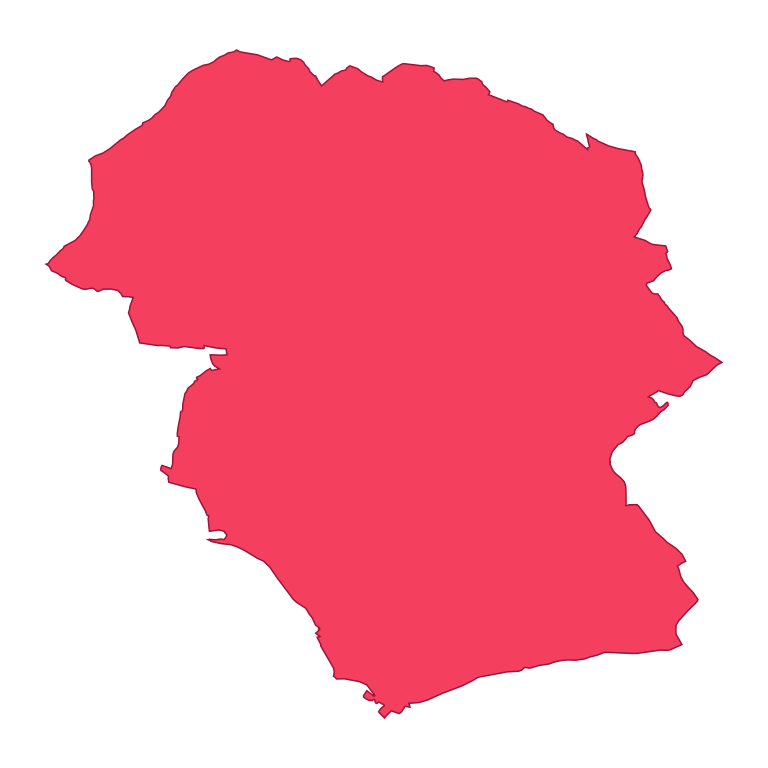 Palatca, Cluj, Romania
{"feature_id": "2599482B3358887254136", "entity_name": "Palatca", "entity_type": "district", "adm_level": 2, "iso_a3": "ROU", "parent_name": "Romania", "parent_adm1": "Cluj", "projection": "natural_earth1", "projection_center": [23.989, 46.864], "detail": "fine", "context": "isolated", "style": "filled", "palette": "rose", "viewbox_px": 768, "rotation_deg": 0, "n_neighbors": 0, "source": "geoboundaries", "source_scale": "gbopen_adm2", "svg_char_len": 6011}
<svg xmlns="http://www.w3.org/2000/svg" viewBox="0 0 768 768"><path d="M649.3,520.3L638.9,506.4L637.2,504.7L630.0,504.7L625.8,505.6L626.1,502.5L625.9,488.5L625.7,486.2L624.4,482.1L620.7,477.8L615.8,473.8L613.2,471.0L611.0,466.4L610.0,463.2L610.0,462.5L610.4,462.5L609.9,459.8L610.2,457.9L612.3,451.7L618.0,444.8L622.9,442.1L625.9,438.8L627.3,436.7L632.5,434.9L634.4,433.7L634.7,431.0L635.5,429.0L638.2,426.0L640.5,424.5L650.0,420.9L653.0,419.3L657.3,415.8L657.3,415.4L661.2,411.4L664.1,409.7L668.0,405.5L668.2,404.0L667.6,402.5L667.1,402.3L666.1,402.9L663.5,405.5L660.6,407.4L659.8,407.5L658.3,406.5L657.1,404.7L656.6,403.0L654.6,402.1L653.4,399.6L651.7,398.0L648.4,397.0L649.6,396.0L656.7,392.0L658.4,390.6L668.7,394.1L675.8,395.8L679.9,396.3L682.8,394.9L684.4,392.0L690.0,386.9L693.2,380.5L700.4,376.9L706.8,374.7L716.8,365.2L721.9,362.4L714.3,357.3L710.3,355.2L705.3,351.5L696.4,346.5L690.1,340.5L684.2,336.0L683.1,333.8L682.8,328.1L681.6,325.6L678.6,321.6L676.9,317.5L668.2,307.7L667.5,306.3L664.6,303.7L664.2,302.0L662.7,301.0L661.0,298.8L659.9,296.8L657.7,293.9L655.1,294.0L651.9,293.0L646.4,285.4L646.7,283.3L653.5,280.8L657.1,276.5L661.5,272.7L665.7,270.6L668.0,270.3L671.5,268.8L670.5,265.4L667.0,258.2L666.6,255.2L665.7,253.5L667.7,251.6L665.7,245.9L653.0,244.5L650.5,243.6L645.1,240.4L634.2,237.0L637.1,233.6L639.3,229.3L641.2,227.0L645.9,217.8L646.3,217.9L650.9,210.0L649.0,207.6L648.2,205.4L645.6,197.1L644.4,190.1L642.2,182.9L642.0,181.4L643.0,174.6L641.6,168.3L641.3,165.3L638.4,158.5L635.2,153.7L635.2,151.8L618.5,148.7L608.9,146.0L597.9,141.1L596.1,139.5L594.3,138.9L586.5,134.1L586.8,136.0L587.8,138.8L588.1,141.5L589.5,146.4L588.9,147.5L587.2,148.3L587.4,149.5L577.5,141.0L574.0,139.6L572.9,138.7L567.0,137.1L563.1,134.1L559.9,132.9L555.3,130.2L553.8,128.1L553.0,124.3L550.2,122.7L547.1,120.3L542.8,114.8L534.2,111.2L531.5,109.1L528.7,108.4L525.6,106.7L522.1,106.0L518.6,103.9L507.8,100.2L506.9,101.9L488.5,94.7L489.9,91.9L485.8,87.0L483.2,85.1L482.3,83.8L481.8,81.7L477.6,78.7L476.2,78.2L473.2,78.2L469.7,78.2L463.4,79.4L453.4,79.1L448.4,79.8L444.1,80.9L440.8,77.9L439.3,75.3L436.0,72.6L433.8,71.5L433.7,70.2L434.2,68.1L432.5,67.3L426.6,65.4L421.3,65.7L403.5,63.6L401.1,64.4L396.0,67.4L382.4,76.9L382.7,82.0L376.6,80.2L371.6,77.2L368.0,75.9L361.3,71.8L357.9,68.8L349.9,65.8L346.6,68.1L345.8,70.0L341.3,71.0L337.9,73.0L334.8,74.2L321.6,85.9L318.3,81.1L315.6,75.9L314.2,75.8L310.0,71.7L308.7,68.7L305.3,65.3L303.7,62.3L300.9,59.9L298.4,58.8L296.1,58.3L290.2,58.7L289.7,61.4L288.1,61.4L282.8,59.9L276.7,57.0L271.5,59.9L257.4,54.8L241.3,52.1L239.0,51.4L236.5,50.0L233.6,51.9L228.0,53.0L223.7,55.5L219.5,57.1L216.1,59.6L213.9,61.7L209.0,64.1L203.0,65.4L192.9,70.2L188.4,73.0L182.2,79.4L177.6,85.1L175.3,87.0L171.9,92.1L170.6,96.3L167.7,99.9L164.7,106.0L158.5,112.4L155.0,114.6L152.0,117.9L148.5,120.4L142.7,122.9L142.4,124.7L141.4,125.9L135.7,129.1L127.1,135.0L123.5,138.3L121.3,139.3L109.8,148.7L102.8,153.1L95.5,155.8L88.9,160.1L88.8,161.1L90.0,162.4L91.0,164.8L91.6,167.6L91.6,182.0L92.3,189.0L93.7,191.6L93.8,197.2L94.1,197.8L93.4,200.8L93.5,205.8L90.5,214.5L89.8,219.1L89.2,220.7L88.1,222.4L87.8,223.8L83.5,230.7L79.9,235.7L75.1,240.5L64.1,246.3L63.7,247.7L62.6,249.0L60.2,250.8L56.4,254.9L53.2,257.5L50.0,260.8L48.3,263.5L46.1,264.2L49.2,266.3L51.5,270.7L57.3,273.2L61.7,276.4L65.3,277.6L65.7,278.6L65.4,279.6L65.8,280.5L72.1,284.3L82.2,288.9L85.2,289.4L91.1,288.2L93.5,288.4L97.5,291.4L99.0,291.2L103.2,289.1L111.4,289.1L117.8,290.5L121.0,293.6L122.5,296.4L122.9,296.6L129.4,296.8L133.2,297.4L129.9,306.5L129.6,309.1L128.5,312.9L132.1,322.0L135.9,330.4L139.7,342.9L158.0,345.6L160.5,345.4L169.8,346.0L170.5,346.8L170.5,347.7L177.7,348.0L184.3,346.5L198.3,348.4L203.7,348.6L204.1,348.2L204.2,345.6L216.2,348.0L226.1,348.9L226.9,354.8L221.6,355.2L210.2,354.8L210.7,358.4L212.7,363.8L214.6,366.0L219.3,368.9L211.7,370.5L210.3,368.5L206.2,370.8L200.2,375.6L196.6,377.3L196.5,377.8L197.9,379.5L194.8,381.1L193.5,383.7L188.0,388.2L186.6,391.3L185.0,393.5L182.8,404.1L182.6,410.7L180.8,411.6L180.5,412.3L180.2,416.4L178.2,426.7L177.3,433.3L177.3,436.2L179.0,436.7L178.8,442.8L178.4,444.9L177.3,447.5L174.6,450.4L173.4,452.5L172.9,455.3L172.6,464.2L171.2,468.6L162.0,465.4L161.4,466.5L160.7,469.0L161.0,470.7L162.0,471.0L168.5,476.1L168.2,478.5L168.8,482.3L185.6,486.9L195.4,488.9L196.0,489.4L196.3,492.5L198.9,498.9L205.6,511.4L206.9,515.1L207.4,515.6L208.7,515.6L208.7,517.5L208.1,518.3L209.4,531.3L219.5,529.9L220.0,530.5L222.1,530.6L224.8,531.8L225.0,532.0L224.8,532.6L226.8,534.7L226.3,536.5L224.2,539.6L220.8,539.0L215.8,539.8L209.4,539.3L208.0,539.7L210.7,540.8L210.8,541.3L220.9,543.6L230.4,544.6L237.6,547.0L244.2,550.3L257.6,558.4L263.7,561.2L269.9,567.3L277.4,578.2L293.1,599.1L296.0,601.9L305.1,607.8L306.9,609.9L308.9,613.6L312.3,617.9L315.4,624.9L319.6,628.2L318.5,629.0L319.5,629.7L315.7,633.3L319.9,636.5L317.1,637.2L320.7,644.4L320.8,646.1L333.4,667.8L334.3,671.6L333.5,676.4L334.4,676.6L336.6,679.0L344.4,678.8L359.4,681.6L366.8,684.9L374.8,695.4L374.3,696.1L373.2,695.5L366.8,690.7L363.6,695.7L363.5,696.8L365.5,698.6L369.6,700.6L371.3,700.2L372.0,700.7L373.7,699.4L374.9,700.3L375.2,702.1L376.3,703.5L377.0,703.4L378.7,702.0L384.1,704.9L384.3,705.8L382.2,707.2L380.1,709.4L378.6,711.9L384.5,718.0L386.3,715.7L391.3,710.9L399.4,713.6L401.7,711.6L405.1,706.3L410.0,707.2L408.9,703.3L418.8,702.6L427.6,700.0L442.4,693.3L461.7,686.0L472.6,680.6L477.1,677.8L479.3,677.0L506.8,671.9L518.6,671.2L521.6,670.2L524.0,667.9L525.2,667.3L528.5,668.1L530.4,668.0L539.2,665.4L549.0,664.0L554.3,662.0L560.3,660.7L567.4,659.9L575.8,660.2L584.3,659.0L589.9,657.0L597.7,655.0L603.4,652.7L605.7,652.3L633.1,653.5L637.8,653.3L660.1,650.1L667.8,650.3L670.6,649.6L681.9,644.6L676.2,634.4L675.9,633.0L676.0,625.5L678.6,620.9L687.6,611.0L695.7,603.1L697.6,600.8L697.9,599.5L693.1,592.4L688.6,587.8L683.6,581.9L680.7,576.4L678.6,568.3L677.3,566.2L681.8,563.2L685.7,561.2L682.0,554.3L676.2,548.5L666.9,542.2L663.5,538.7L655.4,531.7L649.3,520.3Z" fill="#f43f5e" stroke="#9f1239" stroke-width="1.5"/></svg>